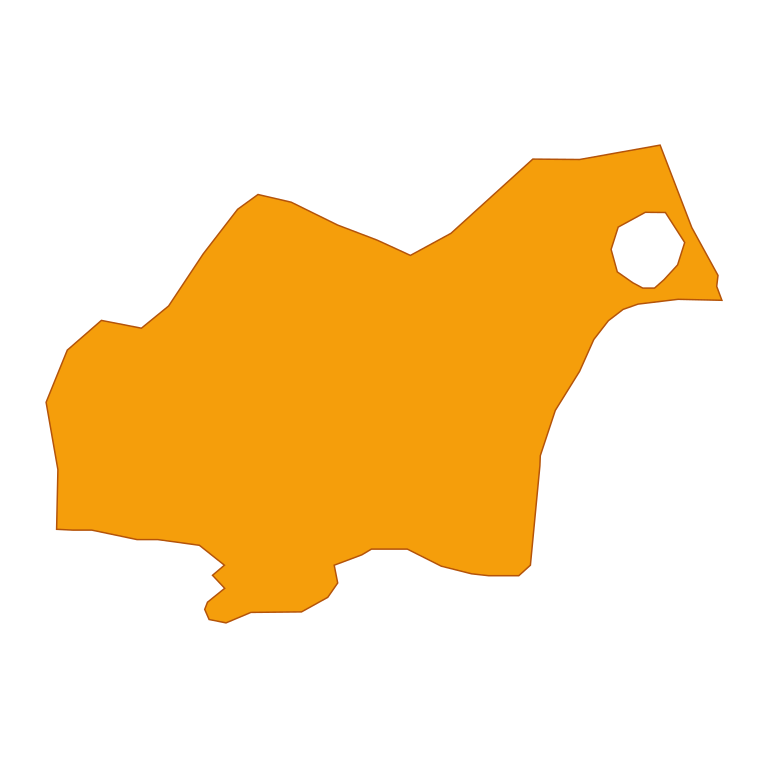 outline of Sinpho City, Hamgyŏng-namdo, North Korea
{"feature_id": "82179303B3587564724867", "entity_name": "Sinpho City", "entity_type": "district", "adm_level": 2, "iso_a3": "PRK", "parent_name": "North Korea", "parent_adm1": "Hamgyŏng-namdo", "projection": "equal_earth", "projection_center": [128.266, 40.067], "detail": "fine", "context": "isolated", "style": "filled", "palette": "amber", "viewbox_px": 768, "rotation_deg": 0, "n_neighbors": 0, "source": "geoboundaries", "source_scale": "gbopen_adm2", "svg_char_len": 978}
<svg xmlns="http://www.w3.org/2000/svg" viewBox="0 0 768 768"><path d="M56.6,529.3L72.8,530.1L91.7,530.1L137.1,539.6L157.9,539.6L199.4,545.3L224.4,565.2L212.5,575.3L224.7,588.3L207.5,602.2L204.7,609.4L209.1,619.5L226.0,622.9L250.9,612.4L301.5,611.9L327.8,597.3L337.7,583.0L334.2,565.2L361.9,554.8L371.4,549.1L407.3,549.1L441.3,566.2L471.5,573.8L488.6,575.7L518.8,575.7L530.4,565.2L539.9,465.8L540.3,455.7L555.3,410.4L579.6,371.3L593.8,339.5L608.4,320.7L623.1,309.4L638.1,304.1L678.1,299.3L721.9,300.3L716.7,286.4L718.0,275.4L691.8,227.6L660.1,145.1L619.8,152.3L579.6,159.5L532.8,159.1L491.9,196.2L451.0,233.3L410.4,255.4L377.3,240.2L337.5,225.0L291.2,202.2L258.0,194.5L237.6,209.3L203.2,253.9L168.6,306.0L141.4,328.2L101.4,320.4L67.3,350.1L46.1,402.3L57.9,469.7L56.6,529.3ZM654.5,288.1L642.8,288.1L632.7,282.7L617.3,271.9L611.1,249.4L618.2,227.1L645.3,212.3L665.4,212.5L684.7,242.5L677.6,264.9L663.9,279.8L654.5,288.1Z" fill="#f59e0b" stroke="#b45309" stroke-width="1.5"/></svg>